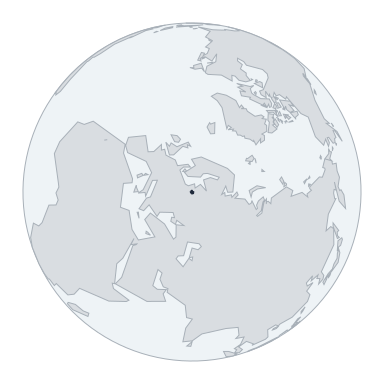 the Earth from above Utenos, rotated 65°
{"feature_id": "LTU-1074", "entity_name": "Utenos", "entity_type": "County", "adm_level": 1, "iso_a3": "LTU", "parent_name": "Lithuania", "parent_adm1": "", "projection": "orthographic", "projection_center": [25.525, 55.493], "detail": "fine", "context": "on_globe", "style": "filled", "palette": "slate", "viewbox_px": 384, "rotation_deg": 65, "n_neighbors": 0, "source": "natural_earth", "source_scale": "10m", "svg_char_len": 11530}
<svg xmlns="http://www.w3.org/2000/svg" viewBox="0 0 384 384"><g transform="rotate(65 192 192)"><circle cx="192" cy="192" r="169" fill="#eef3f6" stroke="#a8b0b8"/><path d="M82.4,63.4L100.3,50.5L89.1,58.0L96.8,52.4L96.0,53.0L106.4,46.8L114.5,42.5L127.4,38.2L136.0,40.1L131.2,41.4L133.9,42.0L140.1,40.5L143.5,39.5L160.9,41.8L181.5,41.2L187.8,38.5L186.5,41.3L198.5,35.0L209.6,34.4L197.1,36.7L195.9,38.2L203.5,38.5L203.8,40.2L207.7,41.4L207.4,43.5L200.2,45.0L199.9,46.5L205.3,46.6L208.4,49.0L200.6,48.6L205.3,52.9L194.0,56.8L173.2,55.0L167.0,60.1L145.6,66.2L147.5,67.8L140.7,71.6L140.4,75.1L136.5,75.5L139.6,77.9L143.2,76.9L145.8,77.7L145.9,79.7L141.0,80.5L140.2,79.6L138.8,80.9L136.3,80.5L137.7,81.8L131.7,82.8L137.8,84.9L133.1,88.2L129.1,88.1L129.4,84.1L120.7,74.7L116.7,73.9L110.8,76.3L100.1,89.1L95.7,90.0L90.0,94.2L92.4,95.3L97.8,92.6L100.9,96.1L107.1,92.6L109.3,93.7L115.7,92.0L114.9,96.7L110.6,102.2L105.2,104.0L103.1,106.6L108.4,108.7L98.5,115.9L92.1,127.9L89.5,129.5L84.3,125.3L84.0,115.4L77.2,111.2L81.7,118.6L75.1,122.9L74.1,125.7L74.5,128.3L77.1,128.5L74.9,131.1L69.5,124.5L71.5,122.0L73.1,124.1L72.9,119.6L69.3,115.7L66.3,118.4L64.0,110.5L61.8,112.5L60.1,112.1L63.8,109.3L57.2,114.2L54.0,107.6L45.0,116.7L53.8,104.5L56.8,98.7L59.7,92.8L58.2,94.1L64.1,85.2L66.0,80.8L61.6,84.6L57.5,89.7L65.2,80.3L73.5,71.6L82.4,63.4ZM53.2,95.6L49.5,101.4L50.0,101.1L46.9,107.1L44.1,110.4L37.8,123.2L36.3,126.3L44.0,110.5L53.2,95.6ZM29.6,145.5L28.8,148.2L28.9,148.9L28.3,154.2L26.5,159.6L27.6,158.9L26.2,165.6L26.2,180.4L25.7,180.5L25.3,199.7L27.9,216.6L28.5,223.9L27.9,224.8L29.5,230.4L29.5,232.2L38.4,254.5L45.2,268.8L46.5,274.4L43.8,272.7L45.0,275.3L39.4,264.5L34.5,253.3L30.5,241.7L27.4,230.0L25.1,218.0L23.6,205.9L23.0,193.7L23.4,181.5L24.6,169.4L26.6,157.4L29.6,145.5ZM42.7,118.8L35.8,136.8L37.3,129.4L37.5,130.1L39.7,124.9L43.1,116.9L45.2,111.1L42.7,118.8ZM45.0,120.4L46.0,117.7L45.3,120.0L45.0,120.4ZM145.0,38.8L140.1,40.4L134.4,41.2L138.4,39.6L145.0,38.8ZM155.9,38.2L153.7,39.2L151.0,38.0L153.1,37.7L155.9,38.2ZM192.3,36.4L188.3,36.6L192.1,35.9L192.3,36.4ZM208.3,41.2L209.3,40.6L210.9,41.5L208.3,41.2ZM115.7,89.6L115.7,90.8L114.5,90.5L115.7,89.6ZM118.6,87.8L117.2,86.6L118.3,85.6L119.2,86.4L118.6,87.8ZM211.9,45.6L214.1,47.4L210.6,45.8L211.9,45.6ZM120.0,89.6L120.5,84.0L122.6,82.3L127.4,83.9L120.0,89.6ZM214.6,48.6L220.1,53.1L222.8,52.1L218.1,57.6L215.0,51.8L210.3,49.9L213.8,49.9L214.6,48.6ZM144.3,75.7L140.4,76.9L143.5,74.1L144.3,75.7ZM145.6,73.7L151.3,64.6L157.0,64.0L154.0,67.1L161.3,65.2L161.3,69.4L157.3,71.4L153.6,70.9L156.4,72.9L145.6,73.7ZM214.7,60.0L214.9,61.4L213.3,60.2L214.7,60.0ZM147.0,77.8L147.7,75.9L152.7,75.2L152.3,78.9L150.8,77.9L147.0,77.8ZM163.2,62.7L166.9,63.0L167.9,66.4L169.4,67.1L161.8,69.4L163.2,62.7ZM149.8,79.1L152.0,80.9L149.8,83.1L146.7,79.6L149.8,79.1ZM154.2,73.6L156.5,73.5L155.1,74.7L154.2,73.6ZM143.2,92.2L143.8,89.7L146.5,89.1L143.2,92.2ZM153.0,81.4L153.8,80.7L154.9,80.2L155.9,81.8L153.0,81.4ZM163.0,71.8L162.7,73.3L166.2,71.0L167.1,73.7L161.8,74.8L164.5,75.4L164.8,76.3L160.1,76.3L163.0,71.8ZM160.3,82.2L153.9,84.8L152.1,89.4L149.6,90.0L153.0,82.5L160.3,82.2ZM160.6,78.7L159.8,80.9L157.2,80.4L156.1,78.6L160.6,78.7ZM169.6,75.1L169.6,70.7L170.7,70.6L169.6,75.1ZM160.3,83.6L161.8,82.9L160.4,83.9L160.3,83.6ZM167.3,77.8L167.2,76.2L168.5,76.1L167.3,77.8ZM165.0,83.0L162.9,83.8L162.1,82.5L165.0,83.0ZM166.5,80.7L168.3,81.0L163.1,81.6L166.2,80.0L166.5,80.7ZM168.6,78.0L169.3,77.4L168.5,78.6L168.6,78.0ZM169.3,87.5L162.9,88.6L161.1,85.7L167.6,85.0L169.3,87.5ZM90.5,290.6L80.2,265.9L85.2,261.1L86.1,251.6L120.5,232.4L127.8,237.6L154.9,240.3L158.3,242.4L155.2,250.5L175.6,263.3L182.1,256.8L200.6,262.2L212.8,260.9L217.0,244.6L197.0,246.5L193.5,238.6L209.4,230.4L226.9,228.7L226.1,225.6L215.0,220.2L219.0,213.5L211.2,217.8L214.4,220.7L209.6,223.6L206.3,221.1L207.9,218.7L202.6,217.8L196.7,229.7L199.3,234.0L185.5,236.3L188.5,243.7L184.8,247.1L178.3,235.8L178.9,231.7L166.7,218.4L164.8,222.9L176.2,235.8L172.6,234.7L170.2,241.3L169.3,235.3L157.4,220.4L144.9,220.6L129.1,233.7L121.8,232.5L115.6,226.5L121.3,210.1L137.0,214.8L139.2,209.5L136.0,199.6L141.1,202.0L141.7,198.7L147.6,200.0L155.9,193.6L162.0,194.0L165.2,183.9L168.7,182.9L165.8,189.1L167.0,193.7L182.0,194.7L184.8,192.7L185.7,186.2L189.7,187.5L188.7,181.1L197.3,178.5L185.9,176.4L186.7,169.2L191.8,163.8L190.1,161.1L181.7,170.1L180.2,174.1L182.1,178.0L176.2,189.1L171.1,190.5L169.5,177.8L162.1,178.6L164.2,168.8L185.6,149.9L194.5,146.3L209.3,155.0L207.3,159.8L200.9,158.9L206.8,166.2L206.3,162.5L209.7,163.7L211.2,157.5L213.7,158.1L211.0,151.3L214.2,151.4L215.8,155.7L220.8,147.0L227.3,145.6L227.3,143.4L225.4,141.4L235.0,141.2L234.5,139.6L231.2,139.0L228.2,135.6L226.5,129.5L229.9,129.7L231.0,131.9L238.3,137.2L240.6,143.4L241.8,142.9L240.6,137.6L231.7,131.1L229.7,127.4L234.3,129.8L232.5,128.7L232.6,126.9L235.9,125.5L231.0,122.6L227.3,104.2L233.3,100.0L237.8,104.0L238.9,92.4L245.5,89.2L242.4,88.6L240.9,83.0L238.8,83.9L237.2,83.2L232.2,70.2L233.7,67.6L228.0,61.9L226.5,61.6L225.1,63.2L218.1,57.6L222.8,52.1L226.1,52.9L226.8,49.2L234.3,51.6L240.9,52.1L248.7,57.3L253.2,57.5L252.9,56.0L258.8,55.5L271.9,59.8L262.5,62.5L243.1,58.7L251.2,60.6L249.7,62.1L252.8,64.1L258.4,65.5L258.8,64.4L269.7,77.8L283.9,86.9L282.0,80.8L285.1,79.1L299.7,85.7L319.0,108.5L323.3,107.8L326.4,110.3L328.9,116.1L324.5,112.7L323.2,115.4L320.4,112.8L322.9,121.5L318.9,118.1L322.8,126.8L325.9,127.3L325.2,120.6L330.3,130.0L334.9,128.5L340.0,133.6L347.8,154.1L348.8,167.8L349.8,170.3L347.8,172.4L348.8,181.6L355.4,184.4L356.5,187.7L356.3,202.5L355.7,200.4L350.4,205.8L352.1,215.2L356.1,212.9L357.6,217.1L355.7,221.3L353.8,218.1L351.9,219.8L350.6,212.4L345.4,206.1L343.3,214.2L341.6,209.9L334.2,207.4L330.1,218.8L324.8,243.0L327.0,254.7L323.9,263.6L312.7,255.2L307.3,245.4L303.5,250.0L291.8,246.0L272.4,256.9L269.4,254.6L265.8,258.1L257.5,257.9L252.8,253.4L247.9,255.6L260.3,267.1L265.5,264.6L269.6,256.5L272.1,261.2L280.0,262.1L272.1,279.1L242.8,300.3L239.6,291.8L215.6,268.3L216.1,264.8L216.0,264.4L215.7,263.8L213.9,269.6L209.6,264.2L222.8,282.7L225.2,290.5L242.4,300.9L240.9,302.8L246.3,304.0L263.4,294.9L263.5,297.8L255.7,313.5L231.8,334.6L234.8,342.0L232.8,348.0L217.6,353.7L218.6,356.3L210.7,358.0L210.0,359.1L203.4,360.3L192.6,361.0L174.6,360.1L173.7,359.8L165.1,357.5L153.2,348.9L158.0,345.2L156.4,340.8L143.4,327.2L146.3,320.7L142.7,316.7L135.4,315.7L131.3,310.6L126.8,309.1L99.0,300.5L90.5,290.6ZM108.8,246.7L107.9,249.6L108.8,246.7ZM245.8,234.7L256.0,231.7L250.8,222.8L254.3,221.0L251.2,218.8L250.3,222.2L242.8,215.6L246.9,210.9L245.4,206.6L241.9,207.4L235.4,217.2L246.2,226.5L244.1,231.6L245.8,234.7ZM26.2,180.8L26.0,183.7L25.8,181.3L26.2,180.8ZM36.3,130.3L35.4,133.4L34.6,135.7L35.0,133.7L36.3,130.3ZM32.0,155.5L31.5,159.5L31.4,156.2L32.0,155.5ZM35.0,139.6L32.2,152.6L32.1,147.1L34.1,139.0L33.4,143.3L35.0,139.6ZM42.9,121.7L42.0,123.9L41.5,124.2L42.9,121.7ZM44.5,122.2L44.6,121.5L45.6,119.9L44.5,122.2ZM75.5,123.2L75.8,123.9L75.7,126.8L74.6,125.9L75.5,123.2ZM82.0,137.4L78.3,141.3L80.2,137.8L78.0,137.1L79.2,129.2L88.3,129.9L83.9,130.9L82.0,137.4ZM83.3,119.2L81.5,123.9L83.1,118.7L83.3,119.2ZM139.3,180.1L141.3,183.1L139.0,186.5L131.3,186.8L134.6,181.7L139.3,180.1ZM144.6,186.5L145.2,174.3L150.0,173.9L147.2,176.2L150.3,177.1L146.7,181.0L150.6,192.9L148.9,196.8L135.8,194.7L141.0,193.1L138.7,190.2L144.6,186.5ZM138.3,146.5L138.7,141.9L148.6,146.8L147.1,150.6L139.5,150.9L136.6,146.7L138.3,146.5ZM128.3,93.7L127.8,92.1L129.2,91.8L130.7,92.9L128.3,93.7ZM143.2,91.1L132.0,100.4L130.9,99.0L125.7,106.5L120.6,105.8L124.1,100.9L116.3,106.2L117.5,101.5L112.5,105.6L120.9,94.8L121.6,91.0L122.8,95.4L127.4,96.1L129.6,95.2L136.5,90.1L140.3,82.7L145.6,82.4L148.2,84.2L148.1,85.9L144.8,85.5L147.0,88.2L142.0,88.9L143.2,91.1ZM176.5,109.2L172.7,107.3L176.3,114.1L171.4,114.3L172.2,115.1L168.6,117.2L165.6,121.3L163.3,120.8L163.1,122.6L160.8,124.2L159.7,126.6L155.3,126.5L153.7,129.5L152.5,127.8L150.9,133.0L150.1,129.1L147.0,131.0L149.4,133.7L128.2,129.1L119.9,130.5L113.4,134.0L113.0,127.3L118.8,120.0L127.6,113.6L135.6,113.3L134.0,110.5L137.4,109.6L137.3,112.2L139.4,107.7L142.2,107.7L150.0,102.9L151.4,96.7L154.3,95.0L155.1,97.4L157.4,93.9L160.9,97.4L163.1,96.2L168.6,98.6L169.0,104.2L171.3,102.5L175.7,104.4L176.5,109.2ZM170.8,88.3L172.3,94.6L170.3,97.9L161.4,92.4L159.0,92.9L153.2,89.8L156.2,85.2L157.6,86.5L159.6,86.6L157.9,88.0L160.8,87.1L162.8,88.9L165.6,88.7L165.3,90.7L170.8,88.3ZM162.2,239.6L164.8,240.4L168.9,240.5L167.5,244.8L162.2,239.6ZM153.9,229.6L156.3,229.5L156.2,235.4L153.5,234.7L153.9,229.6ZM157.7,224.5L156.4,229.0L155.5,226.2L157.7,224.5ZM168.0,188.6L170.6,188.1L170.8,189.7L169.4,191.8L168.0,188.6ZM186.4,130.2L184.5,128.4L185.2,127.5L184.1,122.0L187.7,121.5L189.8,124.7L186.4,130.2ZM213.6,247.9L210.1,251.4L208.2,250.1L209.8,249.1L213.6,247.9ZM187.6,249.1L193.5,251.1L187.2,250.3L187.6,249.1ZM190.1,128.8L189.2,126.5L191.5,127.7L190.1,128.8ZM190.2,120.9L193.0,121.7L188.0,120.8L190.2,120.9ZM260.8,338.9L248.3,349.8L240.6,352.1L239.7,350.9L244.6,345.2L253.7,340.9L258.3,336.7L260.8,338.9ZM357.1,227.7L357.1,227.8L357.8,224.6L358.1,223.1L357.1,227.7ZM357.7,225.1L355.7,230.6L349.8,230.8L352.0,226.2L357.5,220.0L357.2,222.3L358.4,219.9L357.7,225.1ZM360.2,208.4L360.0,209.7L359.8,207.2L360.0,202.9L360.4,199.5L359.7,176.6L359.9,174.1L360.6,182.3L360.7,182.1L360.9,195.3L360.2,208.4ZM327.7,255.1L331.4,258.3L329.4,261.8L327.7,255.1ZM357.7,164.5L359.1,174.1L357.2,163.6L357.7,164.5ZM355.5,156.4L356.3,158.2L355.7,158.4L355.5,156.4ZM351.4,173.3L351.1,177.4L350.2,176.0L350.1,169.9L351.4,173.3ZM343.9,138.0L347.0,142.3L348.0,144.4L346.4,143.6L343.9,138.0ZM219.2,123.4L216.9,131.4L217.5,137.3L221.6,140.6L214.8,139.6L213.8,130.5L219.2,123.4ZM226.0,106.5L222.4,103.9L224.6,102.9L225.7,103.4L226.0,106.5ZM223.4,106.4L217.8,107.3L216.2,104.5L220.9,104.3L223.4,106.4ZM204.0,117.8L203.0,120.1L201.1,119.1L204.0,117.8ZM357.7,159.1L357.7,159.6L358.6,164.6L356.0,152.2L356.5,153.5L357.7,159.1ZM356.4,154.8L357.3,159.5L355.9,153.0L356.4,154.8ZM357.1,159.2L356.3,157.2L356.1,154.8L357.1,159.2ZM356.1,153.1L354.6,148.3L355.2,149.3L356.1,153.1ZM354.2,153.0L355.1,151.0L355.4,157.0L351.6,149.7L351.1,146.2L354.2,153.0ZM327.6,105.1L325.6,103.9L324.1,100.5L325.9,102.3L327.6,105.1ZM317.5,89.3L323.1,99.3L327.2,107.8L327.7,106.6L331.7,111.5L329.1,111.5L323.6,103.2L321.1,97.3L317.3,93.9L313.4,88.5L308.9,86.1L306.1,83.2L309.4,83.6L317.5,89.3ZM307.1,85.4L297.9,80.3L296.8,75.6L298.5,75.7L303.2,79.9L303.6,82.1L307.1,85.4ZM295.4,77.7L295.6,79.9L282.6,78.6L279.6,77.2L288.9,75.3L289.6,77.3L293.0,78.6L295.4,77.7ZM216.7,61.2L215.1,61.4L215.9,60.3L216.7,61.2ZM236.1,83.9L234.0,82.8L235.1,81.4L236.1,83.9ZM229.0,79.1L229.2,81.3L227.5,78.8L229.0,79.1ZM230.0,86.5L228.6,82.2L232.0,86.5L230.0,86.5Z" fill="#d9dde1" stroke="#a8b0b8" stroke-width="1"/><path d="M193.8,191.5L193.8,191.8L193.7,191.9L193.7,192.0L193.6,192.3L193.6,192.5L193.8,192.5L194.1,192.5L193.9,192.6L193.6,192.8L193.3,192.8L193.2,192.7L192.9,192.5L192.7,192.6L192.4,192.5L192.2,192.7L192.2,192.8L192.3,192.9L192.3,193.0L192.3,193.3L192.2,193.3L192.2,193.2L192.0,193.3L191.8,193.4L191.7,193.4L191.5,193.2L191.4,193.2L191.5,192.9L191.4,192.8L191.4,192.7L191.2,192.6L191.1,192.4L190.9,192.4L190.7,192.3L190.7,192.2L190.8,192.2L190.7,192.1L190.5,191.9L190.5,191.7L190.6,191.4L190.8,191.3L191.0,191.3L191.3,191.4L191.5,191.3L191.6,191.2L191.8,191.2L191.8,191.3L191.9,191.2L191.9,191.3L192.0,191.3L192.3,191.3L192.3,191.2L192.5,191.2L192.6,190.9L192.7,190.7L192.8,190.7L192.9,190.8L193.1,190.9L193.1,191.0L193.3,191.3L193.6,191.4L193.7,191.5L193.8,191.5Z" fill="#64748b" stroke="#1e293b" stroke-width="1.5"/></g></svg>